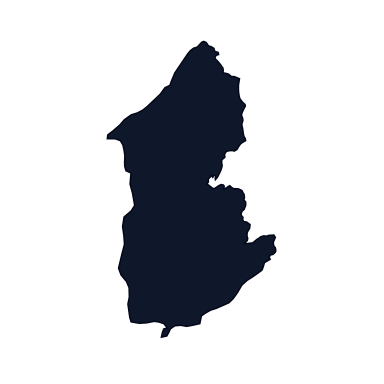 Tuaran, Sabah, Malaysia (Robinson projection), rotated 196°
{"feature_id": "92858781B39347348981518", "entity_name": "Tuaran", "entity_type": "district", "adm_level": 2, "iso_a3": "MYS", "parent_name": "Malaysia", "parent_adm1": "Sabah", "projection": "robinson", "projection_center": [116.289, 6.066], "detail": "fine", "context": "isolated", "style": "filled", "palette": "ink", "viewbox_px": 384, "rotation_deg": 196, "n_neighbors": 0, "source": "geoboundaries", "source_scale": "gbopen_adm2", "svg_char_len": 2636}
<svg xmlns="http://www.w3.org/2000/svg" viewBox="0 0 384 384"><g transform="rotate(196 192 192)"><path d="M246.7,284.9L249.5,277.2L258.6,261.8L262.0,257.0L266.5,252.8L271.7,249.4L276.9,242.9L279.9,236.4L285.1,228.5L288.7,223.7L288.1,219.9L280.5,222.0L275.0,221.6L271.4,218.2L268.6,213.0L266.5,208.2L265.0,202.1L263.8,198.3L261.3,194.2L255.9,193.5L253.7,182.5L248.9,174.6L243.4,163.3L245.2,157.1L250.4,149.2L249.2,139.6L245.5,131.4L242.5,123.2L242.2,112.5L241.6,98.5L237.3,92.7L230.3,87.9L226.1,82.7L223.3,73.8L222.7,66.6L217.2,54.2L214.7,50.4L206.4,51.3L199.4,53.8L192.6,57.3L187.9,57.9L182.7,57.7L178.2,54.4L180.3,53.3L181.0,52.8L181.5,52.4L181.4,52.2L181.7,49.1L181.4,44.0L176.5,46.7L175.6,50.8L175.0,54.6L171.6,58.7L165.9,60.8L160.1,61.4L155.2,63.8L148.2,67.6L148.5,71.1L148.8,75.5L146.1,78.9L141.8,83.4L136.7,86.8L126.0,95.7L123.0,100.9L120.6,107.7L118.4,116.3L114.8,122.1L110.2,127.3L106.9,131.4L103.2,136.2L102.9,139.6L102.9,144.1L98.3,148.9L99.8,150.5L99.4,153.0L97.0,154.3L95.3,157.1L95.3,158.9L96.5,161.3L98.6,162.8L100.0,165.9L99.4,171.4L101.5,173.2L106.4,171.4L108.1,170.1L111.0,169.6L113.6,167.9L114.9,166.1L116.5,164.4L119.6,159.8L121.9,158.9L124.7,157.6L127.2,157.1L125.5,160.6L125.6,162.6L127.2,165.3L127.8,168.5L126.6,172.9L127.2,176.7L131.1,178.2L133.8,177.8L135.6,179.1L136.0,181.7L137.5,182.6L138.7,183.9L138.7,187.2L137.1,189.6L136.7,194.0L137.7,197.3L140.0,198.6L140.0,201.0L141.2,203.9L142.4,205.0L144.5,207.2L148.0,207.8L150.2,207.4L152.7,206.7L155.0,207.2L157.4,208.5L158.9,207.0L160.1,205.4L162.6,203.7L162.6,206.5L163.8,207.4L166.1,207.2L168.5,205.0L169.6,203.5L171.0,201.9L172.5,201.0L175.9,202.4L179.9,203.9L179.0,206.1L179.9,209.2L179.0,210.5L178.0,213.1L176.1,211.8L175.5,214.4L173.7,213.8L173.5,211.6L172.9,210.3L171.6,213.3L170.8,217.3L170.2,221.2L170.2,225.4L171.6,228.5L172.2,231.1L170.0,234.4L171.2,237.5L170.0,240.6L167.3,242.1L164.4,243.0L162.6,243.0L160.5,245.2L159.7,248.5L158.5,251.8L156.8,254.0L154.6,256.1L155.6,258.1L157.4,259.7L158.9,262.5L160.7,266.7L162.8,270.6L162.8,275.0L164.0,277.4L165.7,279.4L165.7,282.5L165.0,286.7L164.4,289.3L165.2,290.8L167.5,291.9L169.2,293.0L171.8,295.0L173.1,297.2L174.7,300.7L175.7,303.6L176.8,307.5L177.6,314.0L177.9,314.0L182.9,314.6L186.0,313.9L189.5,315.4L192.4,315.4L195.1,315.0L195.5,317.6L196.5,319.8L198.2,320.9L199.0,321.8L203.5,324.9L206.0,326.2L207.0,327.3L206.6,329.9L204.3,331.5L205.4,333.4L208.8,333.4L210.5,336.1L213.6,337.0L216.5,337.0L219.5,339.6L222.2,340.0L223.9,338.7L227.0,332.6L230.0,330.8L232.5,327.5L234.2,323.6L241.3,301.8L242.4,292.4L242.6,288.6L245.3,286.0L246.7,284.9Z" fill="#0f172a" stroke="#020617" stroke-width="1.5"/></g></svg>